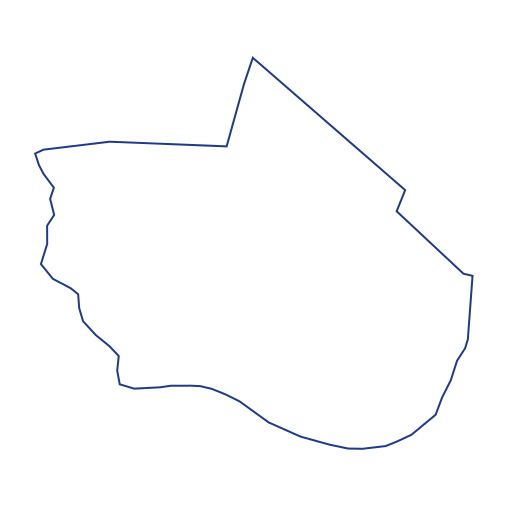 Jardim Olinda, Paraná, Brazil, rotated 177°
{"feature_id": "56859067B25666254969369", "entity_name": "Jardim Olinda", "entity_type": "district", "adm_level": 2, "iso_a3": "BRA", "parent_name": "Brazil", "parent_adm1": "Paraná", "projection": "mercator", "projection_center": [-52.066, -22.579], "detail": "fine", "context": "isolated", "style": "outline", "palette": "blue", "viewbox_px": 512, "rotation_deg": 177, "n_neighbors": 0, "source": "geoboundaries", "source_scale": "gbopen_adm2", "svg_char_len": 759}
<svg xmlns="http://www.w3.org/2000/svg" viewBox="0 0 512 512"><g transform="rotate(177 256 256)"><path d="M84.9,88.1L77.6,104.9L68.0,121.7L60.7,140.9L52.0,152.9L48.8,161.7L40.8,224.9L49.7,227.4L113.2,293.3L103.6,314.0L248.8,454.1L258.9,428.6L279.6,367.0L396.3,377.8L462.7,373.3L471.2,369.9L468.0,358.1L463.9,349.2L454.3,334.8L458.6,323.8L455.4,307.6L463.0,297.2L463.9,278.9L471.2,259.2L460.0,243.8L442.6,233.4L435.6,227.1L435.3,213.2L432.1,199.9L420.1,185.4L407.0,173.5L398.3,163.3L400.6,148.8L398.8,135.0L384.6,129.9L358.6,129.9L347.9,130.9L328.0,129.9L318.7,129.0L307.3,125.7L293.3,119.2L279.9,111.6L252.0,89.1L221.0,73.3L192.2,63.7L174.1,58.9L159.8,57.9L136.5,59.4L125.1,63.3L110.2,69.3L84.9,88.1Z" fill="none" stroke="#1e3a8a" stroke-width="2"/></g></svg>